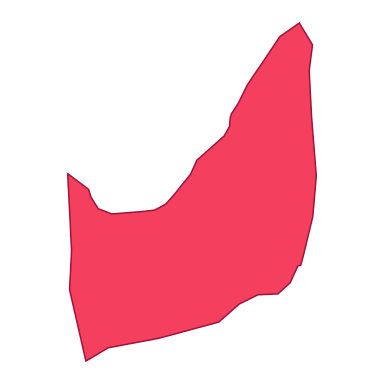 Babanusa, South Kordufan, Sudan
{"feature_id": "16777658B12271079488091", "entity_name": "Babanusa", "entity_type": "district", "adm_level": 2, "iso_a3": "SDN", "parent_name": "Sudan", "parent_adm1": "South Kordufan", "projection": "equal_earth", "projection_center": [27.395, 11.378], "detail": "fine", "context": "isolated", "style": "filled", "palette": "rose", "viewbox_px": 384, "rotation_deg": 0, "n_neighbors": 0, "source": "geoboundaries", "source_scale": "gbopen_adm2", "svg_char_len": 1505}
<svg xmlns="http://www.w3.org/2000/svg" viewBox="0 0 384 384"><path d="M304.0,253.0L312.8,216.7L316.3,176.0L311.6,117.1L309.2,70.9L312.5,44.9L307.3,36.2L299.3,23.0L279.9,36.5L262.6,62.4L252.5,77.1L250.7,79.9L247.2,85.2L238.4,103.0L231.5,113.7L230.2,117.7L229.5,126.5L224.2,135.9L203.0,154.8L197.0,160.0L190.5,174.3L173.7,195.2L165.8,204.0L154.7,210.1L143.5,211.4L126.6,212.8L111.8,213.9L98.2,208.7L91.0,197.1L88.5,189.3L67.9,173.8L67.7,173.7L67.8,176.0L67.9,177.4L67.9,178.7L67.9,178.9L68.0,180.4L68.1,182.4L68.3,186.9L68.4,188.0L68.5,189.7L68.6,191.5L68.7,193.5L68.7,193.8L68.8,195.0L68.8,195.7L68.9,197.7L69.1,202.5L69.2,203.7L69.4,207.3L69.4,208.5L69.5,209.2L70.1,220.7L70.2,222.6L70.6,232.3L70.9,237.4L71.0,239.5L71.5,249.7L71.3,257.6L71.2,257.8L71.0,261.7L70.7,267.1L70.5,271.8L70.5,272.2L70.3,276.4L70.2,277.1L69.9,282.2L69.8,284.5L69.6,288.2L69.6,289.4L69.5,289.7L69.7,290.3L70.1,292.2L70.9,295.4L70.9,295.5L71.2,297.1L71.8,299.6L72.2,301.2L72.5,302.6L73.6,307.2L73.9,308.8L74.3,310.5L74.9,312.9L75.0,313.4L76.8,321.4L77.1,322.6L77.2,323.0L77.7,325.4L78.4,328.4L78.5,328.7L78.6,329.0L79.0,330.7L79.6,333.7L80.6,337.7L81.6,342.4L81.8,343.0L82.3,345.1L82.9,348.1L83.7,351.4L83.7,351.5L85.2,357.9L85.4,358.8L85.6,359.5L85.6,359.8L85.7,360.1L85.8,360.5L85.9,360.8L85.9,361.0L86.0,361.0L108.4,347.7L114.0,346.7L158.7,338.3L218.7,322.1L239.3,304.0L257.9,294.8L277.9,293.9L290.2,282.7L295.5,271.1L297.8,266.0L300.8,265.2L302.3,259.6L304.0,253.0Z" fill="#f43f5e" stroke="#9f1239" stroke-width="1.5"/></svg>